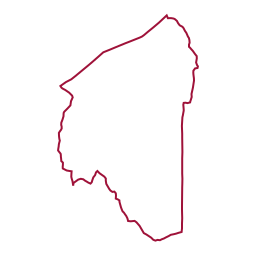 North Mugirango, Nyanza, Kenya
{"feature_id": "3690345B98609233443148", "entity_name": "North Mugirango", "entity_type": "district", "adm_level": 2, "iso_a3": "KEN", "parent_name": "Kenya", "parent_adm1": "Nyanza", "projection": "albers", "projection_center": [34.989, -0.504], "detail": "fine", "context": "isolated", "style": "outline", "palette": "rose", "viewbox_px": 256, "rotation_deg": 0, "n_neighbors": 0, "source": "geoboundaries", "source_scale": "gbopen_adm2", "svg_char_len": 2494}
<svg xmlns="http://www.w3.org/2000/svg" viewBox="0 0 256 256"><path d="M182.3,119.0L182.4,117.3L182.9,115.2L183.4,112.3L183.7,110.7L183.7,109.6L183.5,106.9L183.4,105.8L183.3,104.8L183.7,102.9L185.4,102.7L187.5,103.1L190.1,102.4L190.3,101.4L190.9,99.6L191.7,97.0L191.5,94.0L192.2,90.9L192.6,89.1L193.0,87.2L193.4,84.5L193.7,82.5L194.0,80.6L193.9,78.1L193.7,76.7L193.4,74.2L193.3,72.6L193.4,70.7L195.1,68.4L197.5,68.0L197.9,66.3L197.1,65.2L196.1,62.5L196.8,58.4L196.7,56.1L195.0,54.0L192.9,51.0L191.0,48.9L190.0,47.7L189.0,46.8L189.0,44.5L189.6,42.8L189.4,40.1L188.9,38.0L187.9,36.5L187.1,34.6L186.7,33.7L186.3,32.8L184.9,30.8L183.9,28.8L183.2,27.6L182.3,26.7L179.7,25.3L178.1,23.2L176.9,20.9L174.7,19.0L173.4,18.5L170.9,18.1L167.9,18.2L166.7,15.4L159.0,22.6L153.2,27.5L147.9,31.8L144.0,35.1L141.9,36.6L139.7,37.6L129.4,41.7L125.5,43.2L116.0,47.1L109.8,49.7L103.3,52.3L98.0,57.0L92.5,61.8L88.4,65.3L81.5,71.0L76.9,74.8L76.1,75.5L74.2,77.0L71.3,79.3L65.9,82.1L60.4,86.0L61.5,87.7L62.5,88.5L65.3,90.0L67.9,91.8L69.1,92.6L70.7,94.2L72.1,95.6L72.7,97.4L71.0,101.2L70.4,105.4L67.1,108.9L64.4,111.6L63.8,112.5L63.6,113.6L63.5,116.3L62.5,119.6L61.3,122.7L61.2,125.0L61.6,126.2L61.7,128.4L61.1,129.7L59.7,131.6L58.9,132.9L59.0,135.6L59.1,137.0L59.4,139.1L59.8,140.6L59.0,143.7L58.8,144.9L58.7,146.3L58.2,149.3L58.1,150.5L59.4,152.2L60.6,153.7L60.8,154.8L60.9,157.0L61.1,158.4L61.3,161.1L62.1,161.8L62.9,162.6L62.9,164.9L62.7,166.8L62.8,168.5L66.7,170.5L69.6,171.0L71.6,171.3L71.4,174.1L71.3,176.8L71.7,178.6L72.5,181.2L73.2,185.7L73.4,183.2L74.3,182.4L76.0,181.2L78.2,179.6L80.8,178.8L83.3,179.3L85.1,180.7L86.7,181.6L88.3,182.6L90.5,183.6L91.7,182.3L92.4,180.0L93.3,177.4L95.1,175.1L96.0,172.4L97.4,171.0L99.5,173.2L101.6,174.7L104.3,176.6L105.8,178.5L105.8,180.8L106.3,183.9L109.2,188.9L110.4,190.5L112.4,191.9L114.4,191.6L115.8,193.3L116.0,195.5L115.8,198.6L117.8,199.4L119.4,200.4L119.5,202.0L120.3,204.9L121.0,207.4L121.8,209.5L122.6,211.4L123.9,212.6L125.1,214.4L126.2,215.9L127.4,218.3L128.1,221.0L130.7,221.3L134.6,220.9L136.5,222.3L139.6,225.9L142.0,230.0L143.8,233.1L146.4,234.5L151.1,237.6L153.3,239.8L155.4,240.6L157.5,239.9L160.0,240.2L161.7,239.3L163.9,238.5L166.1,237.3L168.6,236.1L170.8,234.8L173.8,234.2L176.2,233.6L178.6,232.8L181.6,232.0L182.0,228.5L182.0,223.5L182.2,218.3L182.0,209.8L182.0,205.9L182.2,187.2L182.3,183.9L182.4,178.8L182.2,173.6L182.2,164.0L182.2,158.3L182.4,152.1L182.2,137.9L182.2,133.8L181.9,125.9L182.3,119.0Z" fill="none" stroke="#9f1239" stroke-width="2"/></svg>